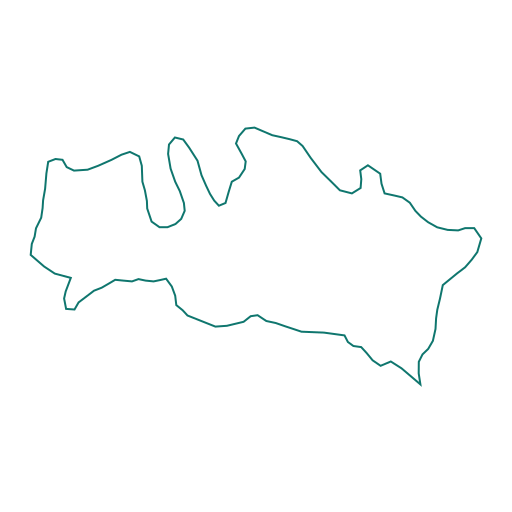 outline of Mato Queimado, Rio Grande do Sul, Brazil
{"feature_id": "56859067B13122531384291", "entity_name": "Mato Queimado", "entity_type": "district", "adm_level": 2, "iso_a3": "BRA", "parent_name": "Brazil", "parent_adm1": "Rio Grande do Sul", "projection": "orthographic", "projection_center": [-54.664, -28.247], "detail": "fine", "context": "isolated", "style": "outline", "palette": "teal", "viewbox_px": 512, "rotation_deg": 0, "n_neighbors": 0, "source": "geoboundaries", "source_scale": "gbopen_adm2", "svg_char_len": 1889}
<svg xmlns="http://www.w3.org/2000/svg" viewBox="0 0 512 512"><path d="M420.4,384.4L418.7,373.4L418.8,361.8L422.5,354.4L428.2,348.9L432.9,340.8L435.5,329.0L436.1,318.3L437.3,309.7L440.0,298.6L442.8,285.1L457.2,273.3L465.1,267.3L471.7,259.7L477.3,252.1L481.3,238.4L474.2,228.1L465.2,228.1L458.2,230.4L447.7,229.9L437.2,227.3L428.1,222.2L420.9,216.6L415.4,210.9L409.8,202.7L402.4,197.4L394.7,195.6L384.6,193.4L381.5,183.7L380.2,173.7L367.9,165.3L360.2,170.4L361.3,179.2L360.6,188.0L351.9,193.4L339.9,190.3L331.6,182.0L321.5,172.1L310.7,157.9L302.6,146.0L297.1,141.2L289.7,139.2L281.3,137.2L272.2,135.2L261.0,130.4L254.5,127.6L245.4,128.6L239.0,136.0L236.0,143.5L241.9,154.2L245.7,161.4L244.7,169.0L239.0,177.6L231.8,181.7L228.7,191.8L225.5,203.0L218.9,205.7L214.2,200.6L210.0,193.9L206.0,185.5L201.5,175.2L197.5,160.7L189.1,147.6L183.2,139.5L174.9,137.5L169.0,144.5L168.1,153.9L170.6,168.6L175.2,181.7L179.8,191.1L183.9,203.0L184.7,210.8L181.2,218.9L175.5,224.0L167.5,227.2L159.5,227.2L151.6,221.6L147.2,208.5L146.9,201.0L144.9,190.3L142.4,181.7L141.8,165.8L139.2,156.4L129.9,151.9L121.5,154.7L111.4,159.9L98.1,165.8L87.6,169.7L74.0,170.6L66.7,167.1L62.5,159.8L55.5,159.0L48.2,161.8L46.4,173.4L45.1,188.8L43.1,200.3L42.6,208.1L41.2,217.7L36.0,228.3L34.6,236.7L31.8,243.9L30.7,254.9L44.1,266.5L54.8,273.6L70.8,277.9L65.7,291.4L64.1,298.5L66.1,308.9L74.5,309.5L78.6,302.4L87.3,295.8L94.0,290.7L101.7,287.7L108.6,283.7L115.2,279.8L123.3,280.6L132.0,281.4L138.5,279.1L145.6,280.6L153.6,281.4L159.9,280.1L166.1,278.7L171.8,286.5L175.2,295.7L176.3,305.1L182.6,310.2L187.5,315.5L193.5,317.9L215.4,326.6L226.9,325.8L243.6,321.8L250.7,316.2L257.6,315.2L266.3,321.0L275.7,323.0L285.2,326.3L294.6,329.4L301.5,331.7L323.9,332.6L344.5,335.4L347.9,342.0L353.4,346.0L361.2,347.1L366.7,353.1L372.6,360.3L380.6,365.8L390.8,361.5L401.5,368.3L420.4,384.4Z" fill="none" stroke="#0f766e" stroke-width="2"/></svg>